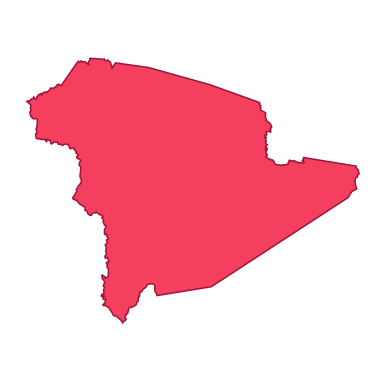 outline of Las Minas, Herrera, Panama, rotated 271°
{"feature_id": "35544464B70726679944443", "entity_name": "Las Minas", "entity_type": "district", "adm_level": 2, "iso_a3": "PAN", "parent_name": "Panama", "parent_adm1": "Herrera", "projection": "orthographic", "projection_center": [-80.794, 7.719], "detail": "fine", "context": "isolated", "style": "filled", "palette": "rose", "viewbox_px": 384, "rotation_deg": 271, "n_neighbors": 0, "source": "geoboundaries", "source_scale": "gbopen_adm2", "svg_char_len": 5881}
<svg xmlns="http://www.w3.org/2000/svg" viewBox="0 0 384 384"><g transform="rotate(271 192 192)"><path d="M279.6,25.3L278.6,26.8L275.8,29.5L273.8,29.0L270.2,29.6L269.0,28.4L264.9,29.4L262.3,32.2L262.8,34.8L261.8,36.1L259.8,36.0L258.8,36.2L257.4,35.9L256.6,36.1L254.9,35.7L253.7,35.7L252.1,34.9L250.1,35.8L248.9,36.0L248.2,35.7L247.7,34.9L247.1,34.7L243.6,35.1L242.9,35.5L242.5,36.6L242.6,38.5L241.8,39.8L242.1,41.0L241.8,42.8L241.9,43.9L239.7,45.6L240.3,45.9L241.7,45.4L242.2,45.7L241.2,47.7L241.3,49.3L238.4,49.9L237.9,50.2L237.6,50.7L237.6,51.0L238.6,52.1L239.4,52.7L239.7,54.5L239.3,55.1L239.6,56.7L237.8,57.2L237.3,57.6L237.1,58.4L237.7,59.3L237.8,59.9L236.7,60.7L236.2,61.8L237.2,63.2L237.6,64.3L237.7,65.4L237.2,66.4L237.6,67.3L237.1,67.8L235.1,68.3L234.6,68.6L233.3,69.1L233.1,69.9L234.3,72.4L233.7,73.0L232.6,73.1L232.1,74.4L231.1,74.6L230.4,75.7L229.0,75.2L228.0,77.2L227.0,77.8L225.5,76.1L225.0,76.1L224.0,76.5L223.4,77.0L223.3,78.0L222.4,79.6L221.7,80.4L220.4,79.3L217.2,78.6L216.5,78.9L215.2,80.4L214.8,80.2L214.3,80.5L212.1,80.2L210.6,80.3L209.5,79.9L207.5,80.1L206.4,79.6L203.7,80.2L202.9,81.0L202.4,81.1L201.1,81.3L200.5,80.9L199.6,81.0L199.1,80.7L198.6,80.8L198.3,80.0L197.7,79.8L197.4,79.2L196.9,79.1L196.4,78.5L195.7,78.2L195.3,77.8L194.5,77.7L193.1,76.5L192.1,76.3L190.5,76.9L189.7,76.1L188.3,75.6L185.9,73.9L185.3,73.7L184.2,72.9L183.7,72.8L183.0,73.2L182.6,73.8L181.9,75.4L181.9,76.4L177.9,80.1L175.1,84.8L173.9,85.4L171.7,85.3L171.2,87.2L168.1,88.5L167.6,89.9L166.8,90.1L167.1,91.9L169.0,93.0L169.6,94.4L169.3,95.6L170.5,96.6L169.5,97.3L169.5,97.8L168.8,99.2L167.7,99.5L167.6,101.5L166.4,103.1L165.7,103.3L165.5,102.6L164.6,102.3L162.6,104.0L161.2,103.6L159.8,103.9L158.9,104.5L157.2,105.1L156.9,106.6L156.6,106.9L152.9,105.2L151.6,105.1L150.4,105.4L148.7,105.1L147.9,105.7L148.3,107.0L148.1,107.6L146.3,107.5L143.8,109.4L143.4,109.2L142.7,107.4L141.9,107.3L140.5,108.2L140.0,108.3L137.4,106.1L135.1,107.3L133.5,106.9L130.9,106.9L128.4,107.6L127.7,107.4L126.7,106.2L126.0,106.0L124.6,106.4L124.2,106.7L125.1,108.2L125.0,109.0L123.3,109.1L121.5,109.9L120.3,110.0L120.0,109.8L119.9,109.5L120.4,108.2L120.2,107.7L119.8,107.5L118.8,107.8L117.5,108.7L115.8,108.2L113.1,109.9L105.8,109.7L105.3,108.4L104.2,106.9L104.4,106.6L105.7,106.4L107.1,104.4L107.3,103.5L107.1,103.2L105.7,103.7L104.0,103.6L103.3,104.5L100.7,106.2L99.6,106.1L96.7,104.9L96.0,105.2L95.5,106.1L95.1,106.3L92.2,105.2L89.0,105.9L87.9,103.5L87.3,103.2L86.4,103.1L85.9,103.6L86.8,105.3L86.6,106.3L86.4,106.5L84.8,105.0L83.5,104.9L83.2,105.3L83.6,107.3L83.1,107.7L81.4,106.9L79.3,107.0L78.9,106.6L78.2,105.1L77.3,104.9L76.9,105.4L77.0,107.6L75.7,109.3L75.5,110.6L73.9,111.3L71.5,113.2L67.3,115.6L66.8,116.3L66.6,118.2L65.9,119.3L62.0,123.7L59.9,124.9L61.0,125.4L62.4,127.6L63.4,128.0L63.9,128.5L64.3,128.3L65.0,127.1L66.6,127.2L67.6,128.3L68.7,128.5L69.4,129.7L71.5,130.3L72.1,130.0L73.0,130.8L75.0,131.0L75.5,131.8L75.6,133.8L77.3,136.8L78.3,138.2L80.6,138.8L82.3,140.3L83.8,140.0L85.0,140.5L85.9,140.3L86.9,141.5L87.4,141.3L87.9,141.5L88.7,141.0L89.6,141.6L91.1,141.9L91.4,142.4L91.3,143.2L91.6,143.6L93.3,144.3L94.4,145.3L95.4,146.9L96.5,148.0L98.3,148.6L98.9,149.2L99.5,153.0L99.1,155.5L98.7,156.1L98.2,156.4L94.7,156.5L91.8,156.8L91.2,157.2L90.8,157.8L87.8,158.8L97.6,212.9L189.3,348.4L192.3,349.9L195.5,352.1L196.6,354.4L197.9,356.3L198.4,356.7L199.7,356.0L202.5,355.2L207.0,354.8L208.1,355.1L209.2,355.6L209.8,357.1L211.4,357.1L212.1,357.5L212.4,358.3L213.7,358.7L216.9,357.8L219.5,355.5L220.7,355.7L228.2,304.4L228.6,303.4L228.0,302.8L226.8,302.8L226.5,303.0L225.9,302.1L225.2,301.7L224.9,302.0L224.9,302.9L223.9,302.8L223.3,303.7L222.8,303.4L222.8,301.4L223.6,299.7L223.2,298.9L223.1,297.9L223.8,296.6L224.0,295.4L225.0,294.2L224.9,293.7L224.3,293.4L224.2,293.1L225.2,292.1L224.6,290.2L225.4,289.5L225.6,288.9L225.1,288.5L223.8,288.2L223.1,287.6L221.3,287.6L220.6,282.1L220.2,280.3L220.5,279.4L220.7,276.6L221.2,274.9L222.4,273.9L223.6,273.7L225.3,272.2L225.7,271.3L225.4,269.8L226.3,269.4L226.5,267.4L227.6,266.7L227.9,265.7L228.7,265.3L229.1,265.5L229.5,266.3L230.6,266.6L231.0,266.0L231.5,265.8L232.0,265.2L232.5,265.2L233.9,265.7L235.4,264.5L235.6,264.9L235.4,266.2L236.0,266.6L237.4,266.1L237.7,264.7L238.3,264.4L238.6,264.6L239.0,265.3L239.5,265.6L240.5,266.5L241.0,265.3L241.9,265.1L242.3,264.7L243.2,264.8L243.7,265.3L244.3,264.8L245.0,265.1L246.1,264.6L247.9,265.3L248.2,265.0L247.7,264.1L247.9,263.8L249.0,264.1L249.9,263.9L250.2,264.1L250.2,265.4L250.4,265.8L251.9,265.2L253.6,265.6L253.6,266.9L254.1,267.8L253.2,269.3L253.3,269.6L253.9,269.7L254.7,269.2L255.9,269.8L257.0,269.0L257.9,270.4L258.6,270.6L260.4,269.6L261.5,269.3L261.8,268.8L262.9,267.8L264.9,264.7L266.3,265.0L267.2,264.4L269.6,263.9L271.1,264.4L272.2,264.3L272.9,263.5L274.4,260.4L275.2,259.1L275.7,259.0L277.2,259.5L278.5,258.7L279.7,259.3L280.5,257.7L282.1,258.3L282.9,257.2L299.6,208.0L315.7,146.4L319.8,113.3L314.7,109.9L316.8,109.4L317.9,108.7L320.4,108.3L320.7,107.0L321.8,106.5L322.0,105.6L322.6,105.4L321.9,104.7L321.9,102.9L323.4,102.1L323.0,100.9L323.4,100.1L323.2,98.4L323.6,96.1L323.1,94.9L323.7,94.0L323.9,92.7L323.2,90.6L323.9,89.5L324.1,87.9L323.7,87.4L322.7,87.9L322.1,87.8L321.7,87.2L320.6,86.4L318.9,86.2L317.7,86.6L317.5,86.2L317.9,85.6L319.1,84.9L319.3,83.9L320.5,82.7L320.1,80.0L321.2,79.1L321.1,78.8L319.7,77.5L320.6,76.7L320.6,76.1L319.8,75.2L297.8,60.4L297.2,60.0L296.4,60.2L296.1,60.1L296.5,59.3L296.4,58.8L297.4,57.1L297.0,55.4L296.8,55.3L296.0,55.4L295.5,54.2L294.2,53.8L294.3,53.0L293.6,51.9L293.2,50.6L293.5,48.7L292.3,48.3L291.0,47.3L289.8,45.8L288.9,45.1L289.6,43.8L288.3,41.0L288.0,40.7L286.9,40.5L286.4,40.0L287.7,39.0L286.8,37.8L286.7,37.0L286.0,36.7L284.6,35.3L282.4,35.0L282.1,34.7L282.2,33.6L283.8,32.6L284.2,32.0L283.9,31.7L282.9,31.7L282.5,31.4L282.2,31.0L282.1,29.4L280.9,29.0L280.6,28.7L280.2,26.5L279.6,25.3Z" fill="#f43f5e" stroke="#9f1239" stroke-width="1.5"/></g></svg>